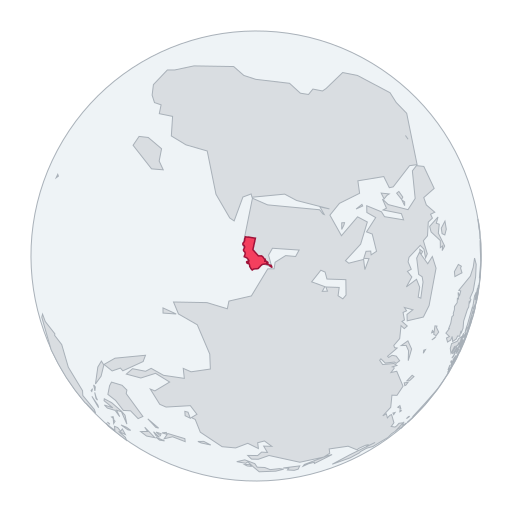 Oman on an orthographic globe, rotated 121°
{"feature_id": "OMN", "entity_name": "Oman", "entity_type": "country or territory", "adm_level": 0, "iso_a3": "OMN", "parent_name": "Asia", "parent_adm1": "", "projection": "orthographic", "projection_center": [56.004, 21.502], "detail": "fine", "context": "on_globe", "style": "filled", "palette": "rose", "viewbox_px": 512, "rotation_deg": 121, "n_neighbors": 0, "source": "natural_earth", "source_scale": "50m", "svg_char_len": 12697}
<svg xmlns="http://www.w3.org/2000/svg" viewBox="0 0 512 512"><g transform="rotate(121 256 256)"><circle cx="256" cy="256" r="225" fill="#eef3f6" stroke="#a8b0b8"/><path d="M315.5,38.7L313.5,38.2L319.7,40.0L320.6,40.6L311.8,37.9L312.4,38.8L294.8,35.2L273.6,31.4L261.4,30.9L238.1,31.4L257.6,30.7L277.1,31.7L296.5,34.4L315.5,38.7ZM233.5,31.8L223.2,33.1L219.5,33.8L215.3,34.5L216.0,34.6L220.5,34.0L222.3,34.0L220.6,34.6L215.0,35.2L212.5,35.5L210.4,35.7L210.5,36.0L203.9,37.1L207.8,37.0L200.3,38.7L196.7,39.3L200.5,37.9L200.9,37.6L217.1,34.1L233.5,31.8ZM174.7,45.9L180.9,43.7L176.0,45.7L167.4,49.3L161.2,51.8L157.2,53.7L160.0,53.1L145.5,60.2L130.9,69.7L127.5,71.8L126.5,71.7L129.2,69.8L143.8,60.7L158.9,52.7L174.7,45.9ZM183.1,42.9L182.0,43.3L181.2,43.5L183.1,42.9ZM189.0,40.9L187.2,41.5L189.0,40.9ZM329.0,43.0L329.7,43.4L327.2,42.4L329.0,43.0ZM196.2,38.8L198.9,38.2L186.9,41.7L191.9,40.0L196.2,38.8ZM328.8,43.3L330.4,45.0L335.0,46.5L323.0,43.8L325.6,42.9L321.9,41.2L326.2,42.6L328.8,43.3ZM222.7,33.6L217.9,34.3L223.5,33.3L222.7,33.6ZM225.9,33.0L240.7,31.2L247.1,31.0L240.8,31.4L250.3,31.1L246.1,31.8L239.9,32.1L236.7,32.0L237.6,32.5L225.9,33.0ZM316.2,42.3L315.0,42.5L314.2,41.8L316.2,42.3ZM223.5,34.0L225.9,33.4L231.6,33.1L227.8,34.1L227.2,33.8L223.5,34.0ZM254.8,30.9L258.4,31.1L255.9,31.6L257.0,31.9L246.5,31.8L254.8,30.9ZM225.0,34.2L225.7,34.7L221.4,35.5L221.5,34.5L225.0,34.2ZM234.7,32.6L237.2,32.6L234.5,32.9L234.7,32.6ZM206.8,39.3L209.5,38.3L212.7,37.9L206.8,39.3ZM226.2,34.9L227.7,34.7L229.2,34.5L228.8,35.1L226.2,34.9ZM245.6,32.4L243.8,32.7L249.7,32.4L248.1,33.1L241.4,33.1L243.7,33.4L243.2,33.7L238.3,33.4L245.6,32.4ZM233.1,35.3L224.0,36.1L218.2,37.9L215.2,38.2L225.1,35.3L233.1,35.3ZM236.6,34.2L233.7,34.9L231.4,34.6L232.0,34.0L236.6,34.2ZM249.5,33.7L253.6,32.6L254.9,32.7L249.5,33.7ZM231.8,35.8L234.0,35.7L231.7,36.0L231.8,35.8ZM244.6,34.3L245.8,33.8L247.3,33.9L244.6,34.3ZM237.4,35.9L234.5,36.1L234.7,35.6L237.4,35.9ZM241.0,35.2L242.7,35.5L236.6,35.3L241.4,35.0L241.0,35.2ZM245.7,34.5L247.0,34.4L245.0,34.7L245.7,34.5ZM238.1,38.1L230.2,38.0L230.8,36.7L238.3,36.9L238.1,38.1ZM49.0,262.1L47.0,225.2L52.2,214.9L56.1,200.3L94.7,165.0L99.5,170.9L126.1,174.0L128.8,176.9L122.1,187.4L139.1,207.4L148.9,199.5L167.9,211.6L182.9,213.7L194.6,193.2L170.1,189.1L169.5,178.1L192.0,172.4L213.9,176.9L214.4,172.8L203.5,162.0L211.6,155.7L200.1,157.8L202.5,162.4L195.3,164.1L192.7,160.2L195.7,157.9L189.9,155.1L177.3,167.7L178.4,173.7L161.4,173.2L161.6,183.4L155.9,187.0L153.5,171.2L156.1,166.1L149.0,148.1L144.8,153.2L151.1,170.8L147.8,168.8L142.1,176.9L143.8,169.1L138.0,149.6L124.7,149.2L102.5,165.8L95.9,165.0L92.8,158.3L106.3,138.1L119.5,142.3L124.5,136.3L126.4,125.3L130.3,127.9L132.7,124.3L138.2,125.8L150.4,119.4L156.7,120.4L165.9,110.3L170.3,109.7L163.6,115.6L162.3,120.7L178.3,124.2L182.7,122.6L187.4,116.1L191.2,118.3L193.7,111.6L205.1,111.2L193.3,106.4L198.5,99.6L207.7,95.8L207.3,93.0L192.3,99.4L188.2,102.9L188.0,107.1L175.0,117.2L168.6,117.8L174.2,104.8L165.6,104.6L173.7,95.4L209.4,82.1L222.1,81.1L233.7,93.0L228.3,96.5L221.3,93.8L223.7,102.3L225.4,98.7L228.6,100.9L234.4,95.8L236.9,97.2L238.1,90.3L241.9,91.5L241.0,95.8L252.8,90.3L261.7,91.8L263.2,90.0L262.2,87.6L274.2,91.6L274.7,90.1L271.0,88.2L269.6,84.2L271.8,78.9L275.9,80.6L275.6,82.7L281.2,90.1L279.8,96.0L281.7,96.3L283.8,91.5L277.1,82.4L277.3,78.8L281.3,82.6L279.9,81.0L281.2,79.7L286.4,80.3L282.3,76.0L291.9,62.9L302.8,63.4L305.3,67.8L316.3,62.6L327.7,65.0L324.2,63.0L327.1,60.0L323.6,59.2L322.1,58.1L327.9,51.9L332.5,52.3L331.0,48.7L329.2,47.9L325.8,47.3L323.0,43.8L335.0,46.5L338.4,48.2L343.6,49.4L350.7,53.3L359.0,57.6L363.8,62.2L370.0,65.8L371.3,65.9L380.6,71.4L395.2,83.4L377.6,72.9L354.5,57.9L363.4,63.6L359.7,62.3L361.8,64.6L368.3,69.0L370.1,69.4L371.6,79.1L383.7,93.9L387.1,91.2L393.5,94.4L410.2,112.2L420.3,142.1L429.0,149.3L432.4,155.2L431.2,160.4L426.2,151.8L421.2,150.2L418.5,145.0L415.0,151.5L411.0,144.4L410.2,153.5L415.2,158.4L419.8,154.8L420.8,166.6L431.0,174.6L436.9,186.8L435.7,213.0L427.4,223.9L427.8,228.2L422.1,225.1L418.1,235.2L431.8,255.3L432.7,262.1L424.5,278.1L423.7,273.2L408.5,265.1L408.3,281.7L419.9,291.9L424.0,306.3L416.2,303.8L411.7,291.3L406.3,288.0L405.9,273.8L397.8,254.4L389.8,260.5L388.7,252.0L376.4,236.9L363.9,245.1L345.2,270.9L345.6,292.6L337.9,303.0L321.2,274.0L316.0,253.4L308.6,256.0L292.6,239.4L260.9,239.3L257.7,233.9L251.5,236.4L240.4,230.8L236.0,221.8L228.7,222.1L240.9,245.9L248.8,245.7L257.3,236.8L259.0,245.2L269.8,252.7L253.3,272.8L208.3,288.8L206.2,272.4L183.6,225.3L185.5,220.4L185.5,219.8L185.3,218.8L181.0,226.5L177.8,217.3L187.5,249.8L188.2,263.3L207.7,289.7L205.3,292.1L212.2,297.6L237.2,292.8L236.9,298.1L223.7,322.1L191.1,351.9L196.8,373.3L196.7,390.4L179.3,399.4L183.8,412.2L175.3,415.2L176.8,422.0L171.6,427.9L161.9,432.2L142.2,427.8L138.5,421.6L125.0,407.1L105.1,372.7L107.5,359.4L104.7,347.2L90.7,316.2L93.6,301.8L90.5,294.2L83.6,293.2L80.3,284.0L76.4,282.2L54.1,276.2L49.0,262.1ZM77.6,185.8L75.7,190.0L77.6,185.8ZM234.8,193.1L249.5,195.0L246.8,181.2L252.2,181.0L249.3,176.6L246.6,180.2L240.1,168.5L247.8,165.2L248.0,159.5L243.1,158.7L230.0,166.8L239.2,183.3L234.2,188.5L234.8,193.1ZM115.6,80.5L109.9,85.0L113.9,81.6L112.6,82.4L119.6,76.7L126.2,72.6L122.0,75.2L115.6,80.5ZM140.7,105.0L141.0,108.0L136.7,111.5L128.8,112.0L135.0,106.7L140.7,105.0ZM142.5,111.5L150.3,99.4L155.5,99.2L151.2,101.2L153.9,102.3L147.8,106.0L145.2,118.3L141.2,122.4L128.8,120.1L135.1,118.3L134.4,115.3L142.5,111.5ZM160.9,74.5L164.3,70.8L171.2,74.9L167.2,77.9L159.0,78.2L159.0,74.7L160.9,74.5ZM191.0,41.6L191.9,41.0L193.4,40.7L194.0,40.9L191.0,41.6ZM207.8,38.9L188.8,44.1L188.9,43.6L177.7,48.1L173.5,48.6L180.8,45.5L169.2,49.7L174.2,47.2L166.3,50.4L183.1,43.4L187.1,41.8L184.3,43.3L188.1,42.7L190.9,42.0L201.9,39.0L212.3,35.9L217.8,35.5L218.8,36.0L217.2,36.6L214.2,36.6L214.1,37.5L208.5,38.1L207.8,38.9ZM228.2,50.5L225.4,48.7L224.3,53.5L218.7,52.9L218.9,53.5L213.4,54.4L207.1,56.8L205.1,56.2L203.5,57.4L199.8,58.3L197.0,59.9L192.4,59.5L188.5,61.6L188.5,60.3L183.1,64.0L185.0,61.2L180.5,62.5L181.0,64.5L162.9,61.9L153.8,64.0L145.2,67.6L149.7,63.0L160.6,57.1L173.9,51.9L182.0,50.9L182.6,49.4L186.6,48.6L184.5,50.1L190.2,47.4L192.9,47.3L204.8,44.5L211.3,41.3L215.8,40.5L214.6,41.7L219.9,40.1L220.7,42.0L224.0,41.6L228.0,43.4L223.9,46.4L227.8,45.8L231.1,47.5L228.2,50.5ZM239.0,38.7L235.3,41.8L230.4,43.2L225.4,39.6L222.4,39.7L219.0,38.1L226.1,36.3L226.5,36.8L228.4,37.0L225.4,37.5L229.3,37.2L229.8,38.1L233.0,38.3L231.0,39.2L239.0,38.7ZM134.2,173.8L136.7,175.0L141.1,175.6L137.6,181.1L134.2,173.8ZM129.9,160.5L132.5,160.4L129.7,167.8L127.1,166.8L129.9,160.5ZM136.3,154.5L132.8,159.9L133.1,156.4L136.3,154.5ZM166.3,115.5L169.3,115.3L168.7,117.0L165.9,119.0L166.3,115.5ZM223.7,66.6L222.9,64.8L224.4,64.4L227.1,60.2L231.5,60.6L231.6,63.3L223.7,66.6ZM189.1,196.2L183.4,199.6L181.8,197.3L184.1,196.6L189.1,196.2ZM158.2,190.3L164.2,194.4L157.2,191.8L158.2,190.3ZM229.0,66.4L229.6,64.5L231.4,65.9L229.0,66.4ZM234.8,60.8L237.4,62.1L232.3,60.2L234.8,60.8ZM289.3,466.5L291.9,467.6L288.1,468.0L289.3,466.5ZM235.1,390.4L224.4,418.4L213.7,417.8L209.9,409.4L212.7,392.2L224.5,387.9L229.9,379.9L235.1,390.4ZM453.9,327.8L456.7,327.0L456.4,328.0L453.9,327.8ZM451.0,326.3L454.6,324.6L450.1,328.8L451.0,326.3ZM456.0,324.0L459.6,320.1L461.2,317.6L460.6,319.7L456.0,324.0ZM448.4,327.7L432.6,334.4L425.7,334.4L427.8,330.3L438.8,326.9L448.4,327.7ZM427.2,330.4L416.2,324.2L398.0,299.6L404.6,298.4L423.0,311.0L421.9,314.5L428.6,320.1L427.2,330.4ZM452.1,302.0L450.9,311.7L442.6,314.7L438.5,314.9L435.8,304.2L437.4,297.6L440.8,296.4L451.8,270.3L456.1,273.3L453.3,283.8L456.7,290.2L452.1,302.0ZM346.8,294.5L352.8,306.3L348.4,309.0L346.8,294.5ZM454.5,253.6L451.3,264.9L453.7,250.8L454.5,253.6ZM454.9,241.0L456.0,245.5L453.4,242.0L454.9,241.0ZM429.4,234.5L425.8,237.0L424.9,233.8L428.9,228.8L429.4,234.5ZM441.3,197.4L444.5,206.8L444.9,210.3L441.8,205.3L441.3,197.4ZM267.3,71.6L258.6,76.5L255.3,81.2L258.0,85.4L250.5,82.1L255.6,74.7L267.3,71.6ZM288.4,63.6L286.0,60.6L289.5,61.0L290.5,61.7L288.4,63.6ZM285.3,62.4L277.8,60.7L278.0,58.5L283.9,60.2L285.3,62.4ZM253.2,62.5L250.3,63.7L248.9,62.5L253.2,62.5ZM441.9,383.3L418.8,408.1L415.8,409.0L420.7,402.9L426.3,388.3L427.7,387.8L432.0,376.9L448.0,359.6L460.8,335.3L464.8,332.6L470.8,315.6L473.4,312.4L470.0,324.8L469.8,327.0L464.3,341.8L457.8,356.2L450.3,370.0L441.9,383.3ZM460.8,324.4L465.3,314.7L467.1,312.8L460.8,324.4ZM477.9,295.0L476.5,298.6L477.6,293.2L478.1,287.2L474.9,289.6L474.3,286.3L475.9,281.7L473.1,281.5L476.3,276.0L477.1,283.4L478.7,274.5L480.2,272.7L480.7,272.2L477.9,295.0ZM475.2,295.3L475.6,294.7L474.9,297.9L475.2,295.3ZM468.7,294.3L468.4,296.9L467.3,295.8L468.7,294.3ZM470.2,291.7L472.9,291.7L469.8,294.0L470.2,291.7ZM458.8,291.1L460.0,296.1L463.9,290.1L460.9,297.2L462.9,305.1L461.8,309.2L459.9,300.5L458.3,311.7L456.5,312.5L456.1,304.0L458.2,291.9L459.9,286.3L466.6,280.1L458.8,291.1ZM470.3,284.7L469.5,278.6L470.0,273.6L471.0,276.4L470.3,284.7ZM465.9,264.5L462.3,258.6L460.1,263.2L463.8,249.1L466.7,257.1L465.9,264.5ZM461.5,249.1L459.4,253.3L461.0,245.4L461.5,249.1ZM458.4,251.0L457.2,245.8L459.3,245.4L458.4,251.0ZM462.8,248.5L461.6,239.1L463.5,243.9L462.8,248.5ZM453.9,234.4L460.0,240.6L453.6,240.2L449.2,222.9L451.6,221.1L453.9,234.4ZM440.7,158.4L437.8,154.1L438.8,151.8L440.5,155.4L440.7,158.4ZM439.3,142.1L438.1,149.9L436.6,156.9L439.0,158.1L442.2,166.6L436.5,160.6L434.6,150.1L436.4,146.2L432.8,139.6L431.8,133.8L426.2,126.4L424.5,122.5L430.2,128.2L439.3,142.1ZM423.6,123.4L413.4,110.4L417.0,110.1L420.0,112.8L423.2,118.8L421.1,118.6L423.6,123.4ZM412.0,107.4L409.8,107.2L390.2,91.7L387.0,88.5L403.8,99.1L402.7,99.7L406.9,103.9L412.0,107.4ZM317.4,43.2L315.2,42.6L317.3,42.9L317.4,43.2ZM320.1,57.7L318.5,56.2L321.0,56.3L320.1,57.7ZM315.4,52.5L313.6,53.3L313.8,51.7L315.4,52.5ZM310.1,55.6L312.2,53.3L312.6,56.6L310.1,55.6Z" fill="#d9dde1" stroke="#a8b0b8" stroke-width="1"/><path d="M245.0,275.0L244.8,274.4L244.6,273.9L244.4,273.4L244.1,272.9L244.0,272.5L243.7,272.4L243.6,272.0L243.4,271.6L243.2,271.2L243.1,270.8L242.9,270.4L242.8,270.0L242.6,269.6L242.5,269.2L242.3,268.8L242.1,268.4L242.0,268.0L241.8,267.6L241.7,267.2L241.5,266.8L241.4,266.5L241.2,266.1L241.0,265.7L241.6,265.5L242.2,265.3L242.9,265.1L243.5,264.9L244.1,264.6L244.8,264.4L245.4,264.2L246.1,264.0L246.7,263.8L247.3,263.6L248.0,263.4L248.6,263.1L249.3,262.9L249.9,262.7L250.5,262.5L251.2,262.3L251.8,262.0L252.2,261.9L252.4,261.4L252.5,261.0L252.6,260.5L252.8,260.1L252.9,259.6L253.1,259.2L253.2,258.8L253.3,258.3L253.5,257.9L253.6,257.5L253.7,257.0L253.9,256.6L254.0,256.2L254.1,255.7L254.3,255.3L254.4,254.9L254.6,254.4L254.7,254.0L254.4,253.7L254.1,253.1L253.8,252.6L253.5,252.1L253.3,251.7L253.0,251.3L253.1,250.7L253.1,250.4L253.1,250.0L253.3,249.4L253.7,248.6L253.9,248.1L254.1,247.6L254.2,247.3L254.3,246.9L254.3,246.6L254.2,246.5L254.1,246.4L254.4,246.2L254.9,246.1L255.2,246.1L255.6,246.0L255.9,245.9L256.0,245.8L255.9,245.6L255.7,245.3L255.3,245.3L255.1,245.2L255.3,244.8L255.3,244.7L255.2,244.5L255.2,244.3L255.2,243.9L255.3,243.7L255.2,243.1L255.3,242.8L255.4,242.6L255.5,242.4L255.9,242.4L256.0,242.4L256.0,242.6L255.9,242.8L256.0,243.0L256.2,243.3L256.4,243.2L256.5,243.1L256.7,242.9L256.9,242.8L257.1,242.5L257.2,242.4L257.4,242.3L257.7,243.4L258.3,244.3L258.8,244.9L259.3,245.6L260.0,246.2L260.4,246.5L261.8,246.9L262.6,247.1L263.6,247.2L264.4,247.6L264.6,247.6L265.0,247.5L265.3,247.5L266.0,248.0L266.2,248.5L266.5,248.7L266.8,249.1L266.9,249.5L267.5,250.1L268.0,250.8L268.4,251.3L268.8,251.6L269.4,251.7L269.9,251.9L269.9,252.2L269.9,252.7L269.8,253.0L269.4,253.7L269.3,254.1L268.8,254.8L268.3,255.9L268.1,256.1L267.2,256.7L266.6,257.4L265.9,258.6L265.3,259.9L265.1,260.2L264.6,260.3L264.3,260.3L264.1,260.2L264.2,259.9L264.2,259.5L263.7,259.6L263.2,260.5L262.9,260.9L262.8,261.4L262.6,262.0L262.4,262.6L262.3,263.1L262.3,263.4L262.5,264.1L262.5,264.8L262.6,265.2L262.7,265.7L262.4,265.9L262.2,266.0L261.3,266.0L260.4,266.2L259.5,266.5L259.1,266.8L258.4,267.5L258.0,269.1L257.4,269.8L257.0,270.0L256.0,270.0L254.5,270.2L254.0,270.4L253.2,271.4L253.1,271.7L253.3,271.9L253.3,272.2L253.3,272.4L252.9,273.1L252.5,273.5L251.4,273.8L251.0,273.6L250.6,273.5L249.9,273.5L248.7,273.6L248.3,274.0L247.6,274.2L247.0,274.6L245.8,274.7L245.0,275.0ZM257.0,239.7L257.0,239.8L256.9,239.8L256.6,239.7L256.5,239.3L256.5,238.9L256.6,238.5L256.6,238.1L256.4,238.1L256.6,237.5L256.7,237.4L256.8,237.5L257.1,237.4L257.2,237.1L257.3,236.9L257.4,237.0L257.5,237.0L257.5,237.5L257.5,237.9L257.3,239.1L257.2,239.3L257.1,239.5L257.0,239.7ZM266.0,261.0L265.8,261.0L265.7,261.0L265.7,260.5L266.3,259.9L266.6,259.1L266.8,259.8L266.4,260.1L266.2,260.8L266.0,261.0ZM257.0,241.3L256.8,241.4L256.7,241.4L256.8,241.2L257.0,241.1L257.0,241.3Z" fill="#f43f5e" stroke="#9f1239" stroke-width="1.5"/></g></svg>